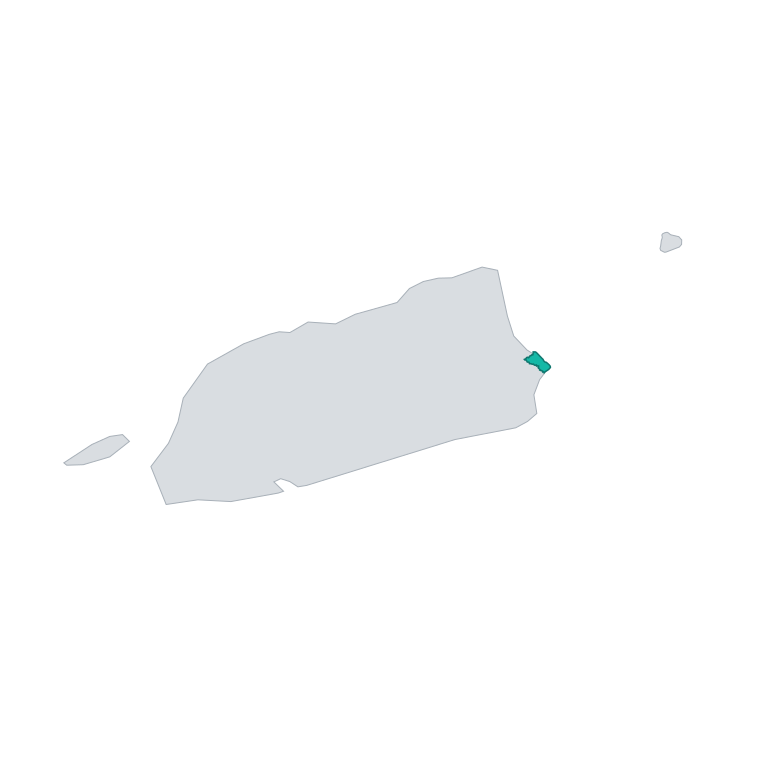 Rincón, Puerto Rico shown in context, rotated 161°
{"feature_id": "32010507B13421931783932", "entity_name": "Rincón", "entity_type": "district", "adm_level": 2, "iso_a3": "PRI", "parent_name": "Puerto Rico", "parent_adm1": "", "projection": "natural_earth1", "projection_center": [-67.225, 18.337], "detail": "fine", "context": "in_parent", "style": "filled", "palette": "teal", "viewbox_px": 768, "rotation_deg": 161, "n_neighbors": 0, "source": "geoboundaries", "source_scale": "gbopen_adm2", "svg_char_len": 2124}
<svg xmlns="http://www.w3.org/2000/svg" viewBox="0 0 768 768"><g transform="rotate(161 384 384)"><path d="M504.8,322.4L512.5,328.1L520.0,327.3L513.9,315.3L519.4,315.3L567.1,322.7L597.7,335.1L629.2,341.0L631.3,381.8L607.1,398.1L591.2,415.1L578.4,436.0L544.4,460.3L503.5,467.7L476.3,468.3L466.1,467.5L456.2,463.3L435.6,467.3L410.2,456.6L388.4,459.3L345.1,456.8L328.9,466.0L313.4,468.1L298.2,466.4L285.3,462.3L253.2,462.6L239.6,454.5L245.2,408.1L245.7,387.1L237.8,369.7L229.2,358.8L222.9,345.9L235.5,337.4L245.8,325.0L249.1,306.4L260.4,301.9L273.7,299.7L335.0,308.4L490.1,313.3L498.9,314.8L504.8,322.4ZM679.9,421.9L660.4,423.7L647.7,421.3L643.4,412.6L667.0,404.4L694.6,405.6L710.4,410.5L712.4,413.7L679.9,421.9ZM71.7,435.3L69.3,435.6L67.0,435.3L66.0,434.4L64.4,431.8L57.3,427.3L55.6,423.3L57.2,419.1L60.1,417.4L74.5,416.9L76.0,417.3L78.9,420.3L78.9,422.3L77.5,424.4L75.0,429.5L73.9,430.8L73.1,432.1L72.8,434.4L71.7,435.3Z" fill="#d9dde1" stroke="#a8b0b8" stroke-width="1"/><path d="M229.0,342.5L228.6,342.8L227.6,343.1L223.6,344.1L221.3,345.4L221.0,346.6L221.7,348.6L222.0,349.1L222.7,350.4L223.5,351.7L223.7,351.8L224.4,352.2L224.5,352.2L225.3,353.5L225.6,355.2L225.6,355.6L225.8,355.9L226.3,356.9L227.3,359.1L227.8,360.1L227.9,360.3L228.0,360.6L228.6,361.9L228.7,362.0L228.9,362.6L229.8,364.4L230.5,365.1L232.5,365.8L233.2,363.9L233.7,363.2L233.8,363.1L234.1,363.3L234.2,363.5L235.1,363.4L235.3,363.0L236.8,363.1L237.4,362.5L238.0,362.4L238.3,361.9L239.0,361.8L239.7,362.6L240.4,362.6L241.1,362.2L241.4,361.5L241.8,361.4L242.0,361.7L243.0,361.6L243.3,361.6L243.1,361.0L242.5,361.1L242.0,360.2L241.5,359.1L241.4,358.1L240.4,357.7L239.7,357.2L239.9,355.9L239.3,355.5L238.6,355.5L238.1,355.1L237.9,354.8L237.4,354.4L236.6,354.3L236.1,354.1L235.9,353.2L235.4,352.7L235.1,352.7L234.6,352.3L233.9,352.4L234.0,351.6L233.9,351.3L233.2,351.5L232.5,350.4L232.0,350.6L232.2,349.9L232.5,350.1L232.6,349.6L232.9,349.4L232.8,348.6L232.7,348.5L231.8,346.8L232.2,346.4L231.8,346.0L231.6,346.2L231.3,346.1L230.9,345.4L230.0,344.7L230.1,343.9L229.6,344.1L229.2,343.5L229.0,342.5Z" fill="#14b8a6" stroke="#0f766e" stroke-width="1.5"/></g></svg>